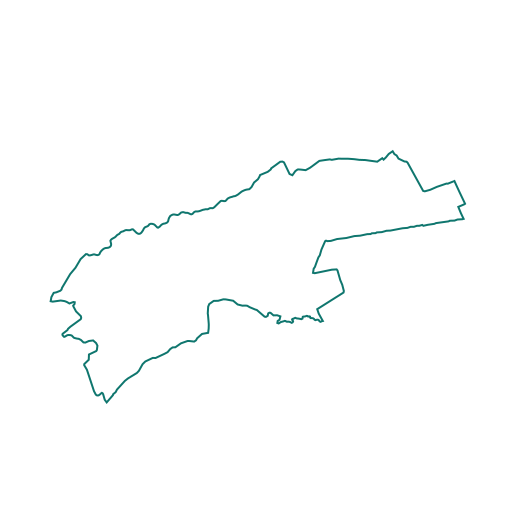 La Democracia, Escuintla, Guatemala (Albers equal-area conic projection), rotated 239°
{"feature_id": "79465075B56611035242385", "entity_name": "La Democracia", "entity_type": "district", "adm_level": 2, "iso_a3": "GTM", "parent_name": "Guatemala", "parent_adm1": "Escuintla", "projection": "albers", "projection_center": [-90.943, 14.121], "detail": "fine", "context": "isolated", "style": "outline", "palette": "teal", "viewbox_px": 512, "rotation_deg": 239, "n_neighbors": 0, "source": "geoboundaries", "source_scale": "gbopen_adm2", "svg_char_len": 5784}
<svg xmlns="http://www.w3.org/2000/svg" viewBox="0 0 512 512"><g transform="rotate(239 256 256)"><path d="M323.0,56.7L321.6,58.2L318.4,65.7L316.0,68.6L314.8,69.6L313.8,70.3L312.7,70.9L311.4,71.6L310.6,75.8L309.7,76.8L308.3,75.7L307.6,73.7L306.9,73.5L301.2,73.2L294.6,74.9L293.0,74.3L292.1,73.2L291.0,60.6L290.4,57.4L289.6,56.2L288.9,50.2L288.5,49.7L287.7,49.4L286.5,49.6L285.5,49.9L285.3,50.8L285.3,53.5L284.8,54.7L283.9,56.0L283.2,56.7L282.7,57.1L280.2,57.7L279.4,58.0L278.6,58.8L277.4,60.0L276.3,61.4L274.2,62.7L270.8,63.6L269.7,65.1L269.2,69.0L267.5,72.9L263.7,74.1L260.8,73.9L257.4,71.2L256.8,70.1L257.6,62.1L253.2,59.2L251.8,53.1L250.9,52.5L245.6,52.5L225.7,48.0L223.5,47.5L221.3,47.4L219.7,47.3L218.5,47.8L218.1,48.3L217.6,49.3L217.7,50.9L218.0,52.3L218.1,53.4L217.4,53.8L216.3,53.8L210.7,52.3L207.4,52.6L210.4,61.7L211.1,62.4L211.6,65.6L213.1,68.0L216.5,79.3L217.0,83.3L217.1,93.7L217.9,96.5L221.7,103.1L222.6,106.8L221.8,115.0L220.3,117.4L219.3,127.1L219.1,130.7L220.4,134.5L220.6,137.4L219.3,139.9L219.8,146.7L218.4,153.5L217.3,155.3L214.5,158.9L214.6,161.1L215.8,163.2L217.0,169.6L214.8,175.4L218.1,178.0L220.9,179.8L221.9,180.4L223.1,181.0L223.9,181.4L230.2,184.5L231.5,185.0L237.2,188.9L238.9,191.2L239.3,196.6L237.1,200.5L235.7,205.7L234.3,207.8L229.4,213.4L223.9,215.3L220.4,218.8L219.7,220.1L218.7,221.8L217.8,222.9L215.4,224.2L210.6,227.7L209.3,228.9L199.6,232.1L198.7,233.1L198.7,235.2L200.5,236.9L200.5,238.3L199.8,239.2L196.1,240.4L194.3,243.6L191.7,245.8L189.2,243.3L189.2,241.2L187.6,239.8L186.5,240.7L186.6,243.2L185.8,246.1L185.6,247.2L185.0,247.9L184.2,248.2L183.6,248.8L183.3,249.6L182.5,250.6L181.8,251.3L181.1,251.7L180.3,252.2L180.3,253.3L180.8,254.1L181.8,254.3L182.8,254.1L183.3,254.8L183.0,255.8L182.9,257.0L182.8,257.8L181.5,258.8L181.0,259.5L180.3,260.4L179.4,261.4L178.5,262.3L178.4,263.6L179.2,264.2L179.8,264.8L179.5,265.8L179.0,266.7L178.7,267.9L178.6,268.6L178.1,269.2L177.2,269.5L176.9,270.5L176.2,271.1L175.5,270.7L174.7,270.8L174.3,271.5L173.7,272.3L173.0,273.0L172.2,273.3L171.2,273.4L170.4,273.9L170.2,274.8L169.8,275.8L169.1,276.6L168.5,276.8L167.4,276.8L166.4,277.3L166.2,278.3L166.2,279.0L165.9,279.8L174.3,280.1L178.9,281.1L179.6,312.2L180.8,313.3L186.9,315.1L191.9,315.8L201.6,318.4L203.0,318.2L205.2,314.0L211.0,297.5L212.2,296.2L215.4,298.9L216.3,300.9L219.1,304.3L222.7,308.8L223.7,311.0L227.8,315.4L233.1,322.9L233.1,323.9L232.0,324.8L230.4,327.9L228.8,334.2L224.9,342.7L222.4,350.6L219.8,355.7L217.4,362.7L215.8,365.5L215.8,367.0L214.0,370.3L214.0,371.7L211.7,376.1L210.4,380.9L208.6,384.2L204.3,395.9L202.1,400.3L201.4,403.5L199.7,406.4L199.0,409.5L197.8,411.5L197.0,414.5L195.7,415.0L194.3,419.2L191.7,425.5L191.5,427.2L186.5,438.9L186.4,440.3L184.1,444.4L183.5,447.5L181.3,451.7L180.9,453.1L183.3,453.3L187.3,453.7L193.9,454.7L193.0,461.4L193.1,462.1L205.5,463.3L213.8,464.2L218.1,464.7L219.2,457.7L220.0,456.5L222.1,446.7L223.0,439.5L224.5,434.0L225.7,432.8L257.9,434.0L259.3,433.6L260.6,431.9L266.1,428.3L269.7,428.3L272.1,427.1L275.4,427.1L275.1,422.3L273.6,418.1L272.9,415.0L274.8,414.6L274.4,408.5L278.8,403.0L281.9,399.2L285.2,394.1L288.3,390.2L291.2,386.1L292.3,384.5L295.0,379.9L296.9,377.0L299.4,370.5L300.8,369.0L303.0,363.9L304.9,359.3L303.8,347.8L304.0,342.8L307.0,338.9L308.6,336.6L308.7,335.6L308.5,333.4L306.5,328.8L309.0,327.0L321.8,328.2L323.3,327.3L324.3,325.3L323.3,314.1L322.6,313.3L322.1,309.4L323.3,301.2L322.4,300.1L320.8,297.2L320.0,292.2L317.4,287.7L316.7,284.7L317.7,282.3L318.1,281.0L318.3,279.9L318.4,279.2L318.5,278.3L318.6,276.8L318.4,275.4L318.2,273.8L318.0,272.6L318.0,271.3L318.0,270.1L318.2,268.7L318.7,267.6L319.0,266.1L319.3,265.1L319.6,264.0L319.7,263.2L319.8,262.2L319.8,261.3L319.5,260.3L319.1,259.1L318.9,258.1L319.2,257.4L319.6,256.7L320.1,256.2L320.6,255.5L321.1,254.8L321.3,254.0L321.0,252.7L320.3,249.6L319.3,245.5L319.2,244.3L319.3,243.5L319.8,242.7L320.3,242.0L320.8,240.8L320.8,239.6L321.0,238.5L321.4,237.9L321.8,237.3L322.1,236.7L322.4,235.7L322.9,234.4L323.1,233.5L323.3,232.2L323.6,230.7L323.8,230.0L324.4,228.6L325.2,227.4L325.4,226.7L325.5,225.7L325.1,224.2L324.8,223.3L325.0,222.1L325.7,221.3L326.4,220.9L327.3,220.3L328.1,219.7L328.5,219.2L329.1,218.1L330.0,217.2L330.8,216.5L331.2,216.0L331.5,215.2L331.8,214.3L331.7,213.4L331.4,212.3L331.3,211.5L331.4,210.2L331.7,209.6L332.4,208.8L333.1,208.0L333.7,207.3L334.1,206.6L334.4,205.8L334.5,204.8L334.5,204.0L334.5,203.2L334.1,202.4L333.5,201.2L332.8,200.3L331.8,199.3L331.0,198.5L330.5,197.3L330.5,196.2L330.8,194.6L331.2,193.7L331.4,192.9L331.5,191.9L331.4,191.1L331.3,190.3L330.8,188.8L330.7,187.6L330.7,186.6L331.5,186.0L332.2,185.9L333.2,185.6L334.6,185.3L335.7,184.8L336.3,184.3L337.2,183.4L337.9,182.2L338.1,180.9L337.7,180.0L337.4,178.9L337.4,178.3L337.5,177.6L337.8,175.8L337.5,174.6L337.2,173.9L336.6,173.0L336.1,172.2L335.8,171.5L335.5,170.8L335.2,170.2L335.0,169.5L334.9,168.8L334.9,168.0L335.3,167.0L336.0,166.3L336.9,165.8L337.5,165.5L338.7,165.2L340.2,164.8L342.1,164.3L342.7,163.6L342.8,162.9L343.1,161.1L343.6,160.3L344.1,159.5L344.6,158.8L345.1,158.1L345.4,157.1L345.5,155.9L345.6,154.6L345.9,153.8L346.1,152.5L345.8,151.2L345.4,150.3L345.5,148.0L345.2,146.7L344.9,145.8L344.7,144.4L344.8,142.9L344.8,142.1L344.8,141.0L344.6,140.1L344.1,139.1L343.4,138.8L342.7,138.6L342.0,138.4L340.9,138.0L340.0,137.4L339.4,136.7L339.2,136.1L339.0,135.4L339.1,133.9L339.7,132.4L340.3,131.2L340.5,130.4L340.6,129.7L340.6,129.0L340.5,128.0L340.3,127.1L339.9,125.6L339.5,124.8L339.3,124.2L338.4,123.1L338.1,122.2L338.2,121.1L338.5,120.4L339.2,119.6L340.7,118.2L341.1,117.4L341.3,116.6L341.5,115.7L342.0,114.1L342.6,113.1L344.4,112.3L345.2,111.2L343.7,104.1L338.9,95.2L336.2,87.4L328.6,73.3L327.4,72.0L327.0,70.4L327.7,66.1L328.6,63.6L326.1,59.4L323.9,57.5L323.0,56.7Z" fill="none" stroke="#0f766e" stroke-width="2"/></g></svg>